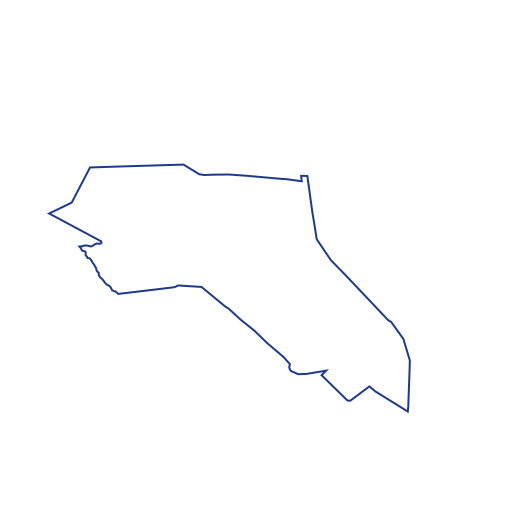 San Miguel el Grande, Oaxaca, Mexico (orthographic projection), rotated 296°
{"feature_id": "50627088B76422915094353", "entity_name": "San Miguel el Grande", "entity_type": "district", "adm_level": 2, "iso_a3": "MEX", "parent_name": "Mexico", "parent_adm1": "Oaxaca", "projection": "orthographic", "projection_center": [-97.629, 17.075], "detail": "fine", "context": "isolated", "style": "outline", "palette": "blue", "viewbox_px": 512, "rotation_deg": 296, "n_neighbors": 0, "source": "geoboundaries", "source_scale": "gbopen_adm2", "svg_char_len": 1496}
<svg xmlns="http://www.w3.org/2000/svg" viewBox="0 0 512 512"><g transform="rotate(296 256 256)"><path d="M177.1,325.4L173.7,333.9L170.9,334.5L169.2,335.8L168.0,337.8L168.3,345.8L172.1,353.0L183.7,369.3L177.6,367.2L166.5,400.6L166.3,402.1L167.3,404.2L188.5,415.1L186.6,422.7L183.7,451.3L182.7,460.6L188.1,458.6L195.6,455.2L211.7,448.1L222.4,443.3L229.5,440.1L246.1,424.8L247.2,422.7L256.0,406.4L256.3,402.8L271.4,362.5L272.4,359.9L278.7,343.1L278.8,342.8L278.8,342.7L281.3,335.7L285.1,325.1L297.7,303.2L311.6,293.5L316.3,290.1L319.4,287.9L350.4,267.1L349.4,264.7L347.8,261.5L343.2,264.3L338.5,249.9L336.3,244.6L324.0,212.4L317.4,196.0L310.4,182.0L306.1,174.0L304.6,169.2L306.4,150.8L274.4,89.9L262.8,68.0L251.0,67.7L225.3,67.0L223.3,67.0L203.5,51.4L201.3,110.5L199.8,111.4L198.2,109.8L197.4,107.3L196.2,106.4L194.8,105.3L193.1,104.4L192.1,103.3L191.5,100.1L190.6,97.9L189.9,96.8L188.7,95.7L187.9,94.4L187.1,93.1L186.1,95.4L184.7,97.2L184.7,98.4L185.2,100.1L184.7,101.3L182.0,102.5L181.3,104.4L180.3,105.4L181.0,107.5L179.8,110.3L178.9,111.1L178.3,112.3L177.3,114.2L176.2,115.8L174.7,117.9L173.6,118.6L172.5,120.0L172.0,122.0L170.0,123.0L169.0,124.5L168.4,125.7L168.0,127.5L166.6,130.5L165.7,132.1L164.8,134.8L164.9,136.8L164.4,138.7L162.1,141.8L162.2,143.0L162.5,145.5L161.6,148.9L181.1,179.2L192.3,196.5L195.4,198.9L204.3,220.6L197.1,250.5L196.7,254.5L193.6,264.9L191.8,271.1L188.1,287.5L182.6,304.3L177.3,325.0L177.1,325.1L177.1,325.4Z" fill="none" stroke="#1e3a8a" stroke-width="2"/></g></svg>